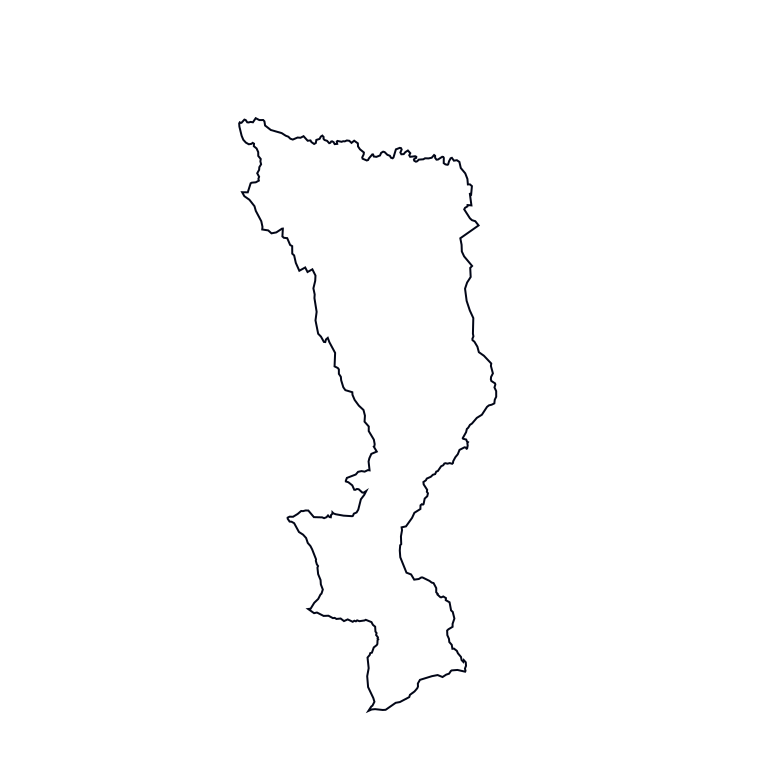 Zabala, Covasna, Romania (Albers equal-area conic projection), rotated 66°
{"feature_id": "2599482B30667106455324", "entity_name": "Zabala", "entity_type": "district", "adm_level": 2, "iso_a3": "ROU", "parent_name": "Romania", "parent_adm1": "Covasna", "projection": "albers", "projection_center": [26.222, 45.876], "detail": "fine", "context": "isolated", "style": "outline", "palette": "ink", "viewbox_px": 768, "rotation_deg": 66, "n_neighbors": 0, "source": "geoboundaries", "source_scale": "gbopen_adm2", "svg_char_len": 6147}
<svg xmlns="http://www.w3.org/2000/svg" viewBox="0 0 768 768"><g transform="rotate(66 384 384)"><path d="M86.3,409.3L87.0,410.3L90.0,411.4L99.3,413.1L103.7,413.2L107.3,412.0L110.0,410.0L110.7,407.4L110.3,405.9L111.6,405.0L113.8,406.2L117.0,404.6L121.0,404.6L124.5,406.1L128.3,405.1L130.4,406.4L133.3,406.9L135.2,409.7L137.6,411.0L139.9,414.1L143.9,413.8L145.5,415.3L147.3,415.6L147.6,419.1L146.3,422.9L146.4,424.2L153.5,430.5L151.1,435.6L155.6,435.2L161.0,432.0L168.9,430.0L173.7,430.7L185.4,429.9L191.0,431.1L193.3,432.4L196.6,427.3L200.6,425.5L201.7,420.7L200.6,414.0L200.9,413.2L207.9,416.8L209.7,416.0L211.4,413.1L218.8,413.2L220.7,411.8L227.6,414.8L230.0,413.8L237.5,415.3L246.1,415.3L245.5,408.6L250.6,408.3L250.1,402.8L257.1,402.5L261.8,404.9L267.9,409.6L274.0,410.9L277.2,412.6L290.7,416.2L298.0,420.7L311.3,423.7L315.1,422.3L321.1,421.8L321.8,420.6L319.7,418.9L319.0,416.6L323.6,416.9L335.7,416.0L347.8,422.0L350.6,419.7L352.3,419.3L356.4,421.1L359.9,420.5L363.1,421.6L370.5,422.5L373.9,421.8L378.6,416.3L381.1,417.2L386.6,417.3L393.5,415.8L399.4,413.3L405.2,414.3L410.5,417.1L416.6,415.2L420.8,417.1L430.7,415.9L435.2,417.0L437.0,418.2L437.1,418.8L442.8,418.1L442.7,424.0L445.9,427.6L448.5,429.6L457.0,432.3L456.1,433.8L456.2,437.3L454.4,440.0L453.7,443.4L455.2,446.6L454.7,456.1L456.8,458.2L457.5,458.5L459.3,456.5L463.7,454.2L468.5,454.2L469.0,453.2L468.9,451.4L469.9,449.9L474.3,448.0L475.0,446.7L474.5,443.7L477.3,447.2L479.9,452.0L488.3,458.6L490.2,461.3L490.2,464.3L491.8,466.0L491.8,466.9L487.8,474.5L483.4,481.0L481.7,482.8L480.3,483.3L481.5,483.9L482.2,485.7L484.1,486.8L483.4,487.9L481.3,488.6L482.3,490.7L482.2,493.3L480.7,494.7L477.1,502.2L468.8,504.6L467.6,507.2L467.2,509.7L466.3,511.3L467.6,515.7L468.3,521.1L466.8,524.2L466.9,526.4L467.9,526.8L471.3,526.2L472.2,524.5L474.6,522.7L484.6,521.9L488.7,519.2L493.0,517.8L498.2,518.3L502.1,517.1L505.9,516.9L516.6,517.4L517.8,518.2L521.4,518.7L523.5,518.3L524.7,519.5L530.9,521.5L537.3,521.7L541.4,523.2L546.9,523.5L550.1,526.4L550.5,527.7L553.6,531.5L555.5,536.7L559.4,542.4L558.7,544.8L564.9,541.1L565.5,538.2L571.3,533.5L573.1,529.0L577.1,525.9L577.6,524.2L579.3,523.0L580.6,519.0L584.3,517.0L584.3,512.9L588.5,509.3L588.2,507.4L589.4,506.2L589.0,504.7L590.7,502.9L592.1,497.9L592.0,496.6L596.4,492.3L599.5,492.1L602.1,490.8L606.7,492.5L608.5,492.1L610.1,493.3L613.0,492.6L613.9,493.4L614.9,493.1L615.4,494.1L618.8,495.8L619.6,496.9L620.5,500.5L624.5,504.3L624.3,506.1L625.7,507.2L627.2,510.3L637.4,513.6L644.1,518.2L654.4,521.8L666.6,521.5L670.4,522.0L673.1,525.3L673.5,526.9L676.3,531.2L676.3,527.7L677.4,524.4L681.3,517.7L682.3,515.0L680.0,503.0L681.0,498.9L680.3,488.3L678.5,486.7L677.3,481.2L675.5,477.4L674.2,476.0L671.4,474.9L668.9,471.5L670.4,459.1L671.7,453.4L675.5,449.7L674.8,445.4L675.1,442.4L673.3,439.5L673.2,438.6L675.1,433.2L679.8,426.9L679.2,426.2L676.9,425.8L674.8,423.7L671.5,422.5L668.7,423.4L670.1,424.6L667.8,425.4L664.6,424.7L660.1,426.0L657.4,426.0L654.2,427.7L653.7,429.2L649.8,428.2L646.3,429.3L643.2,428.3L639.2,428.3L634.9,426.6L634.3,425.0L633.7,420.1L631.0,418.9L626.9,415.1L620.2,413.9L618.1,414.8L610.1,412.9L606.6,415.5L604.8,414.5L602.2,416.3L602.2,418.4L601.7,419.2L598.1,420.8L597.7,420.3L595.5,421.0L591.7,419.3L586.0,419.7L584.8,421.2L582.4,422.5L576.4,427.5L575.9,428.7L576.3,431.5L575.0,436.0L569.0,436.7L565.5,440.2L548.9,439.6L542.5,437.3L537.9,434.8L537.3,433.4L530.1,430.5L524.9,427.0L522.1,426.2L523.0,421.8L517.7,412.8L514.0,408.6L513.0,401.6L509.7,400.0L509.2,398.4L510.0,397.5L509.8,396.7L505.2,393.4L504.1,390.1L501.7,388.3L499.9,388.7L498.2,387.6L491.9,388.6L489.6,387.9L489.0,384.9L487.8,383.4L487.8,379.0L486.8,376.3L487.1,373.9L485.3,371.9L485.4,370.2L482.4,365.3L482.3,362.9L481.2,361.2L481.4,360.0L482.6,358.4L483.0,356.1L484.6,354.2L484.2,353.1L482.7,352.2L479.9,348.6L478.2,345.2L474.9,341.8L474.6,336.2L475.3,335.2L476.7,334.9L476.7,334.3L474.3,332.6L471.9,331.9L471.3,330.9L470.3,331.6L468.2,331.5L466.2,334.0L465.5,334.1L461.4,328.6L458.8,326.6L458.2,324.8L456.3,322.1L455.9,319.7L452.7,313.0L451.9,307.1L446.8,299.2L446.2,296.8L446.7,294.1L446.6,291.1L443.4,289.2L441.3,286.7L436.1,284.4L432.1,284.5L429.8,282.5L428.6,282.3L424.9,284.7L423.2,284.5L421.1,283.3L418.6,280.2L411.0,279.0L408.9,277.7L398.9,281.2L393.5,284.4L387.9,283.5L382.1,284.2L380.0,285.3L378.7,284.9L376.8,282.9L374.2,282.3L360.1,275.6L351.7,275.7L341.7,274.7L329.9,271.2L325.1,266.8L321.5,261.3L313.0,258.0L312.0,255.5L300.0,258.9L294.6,259.0L288.4,256.5L281.9,255.0L277.6,233.1L272.4,234.4L270.1,237.0L267.6,238.1L257.1,239.7L256.0,238.3L255.7,235.5L254.5,234.9L256.4,231.5L245.2,228.2L245.2,227.6L246.1,227.2L239.0,223.2L236.6,224.3L235.8,226.2L230.6,224.4L224.6,224.1L217.9,226.0L211.8,224.8L209.2,226.4L208.4,229.3L205.0,230.0L204.9,231.3L207.0,234.0L209.5,236.1L209.5,237.0L208.3,238.6L206.5,239.6L201.8,237.4L200.7,237.5L200.1,238.4L200.9,243.4L200.4,244.8L198.2,245.3L196.3,244.5L195.2,245.1L196.7,248.4L196.0,251.6L194.5,254.7L194.7,256.7L193.2,260.9L194.0,263.1L193.9,264.4L192.5,265.5L191.3,265.5L190.7,264.8L190.5,262.6L189.5,262.1L188.6,262.9L187.1,267.7L185.3,267.9L183.8,266.1L180.4,267.2L180.9,270.3L182.0,272.5L181.2,274.7L179.2,274.9L177.0,272.5L175.5,272.5L174.7,273.5L174.5,277.7L180.9,283.2L181.3,284.3L180.1,285.6L177.9,285.8L176.0,287.7L172.4,289.1L171.4,290.3L171.7,292.6L173.6,294.7L173.4,298.6L172.0,300.8L169.9,300.6L169.5,301.3L171.8,306.1L172.9,307.4L172.8,308.8L169.5,311.9L168.1,311.7L166.0,309.2L164.3,308.2L159.8,310.5L156.4,311.1L153.5,310.0L149.6,312.3L150.5,315.6L147.7,316.8L146.4,318.9L146.4,321.1L145.6,322.6L145.5,324.2L143.0,327.7L143.4,328.6L145.6,329.1L144.8,331.5L142.5,331.7L141.2,332.7L141.0,333.6L141.8,334.9L141.7,336.1L138.7,337.1L136.9,339.1L135.3,339.5L133.8,338.7L132.0,339.3L132.3,341.1L133.9,343.2L133.5,346.5L136.1,348.3L136.3,350.2L133.5,351.9L131.6,352.1L130.7,354.8L124.9,356.7L125.1,360.1L123.7,362.7L123.6,367.9L121.8,369.8L119.2,370.8L117.2,372.8L113.2,375.4L105.9,384.1L99.5,387.5L95.4,386.4L93.7,387.0L92.2,390.5L89.0,393.1L91.6,397.3L90.3,399.3L90.0,401.3L89.3,402.5L86.6,403.0L85.7,404.0L87.4,407.9L87.2,408.7L86.3,409.3Z" fill="none" stroke="#020617" stroke-width="2"/></g></svg>